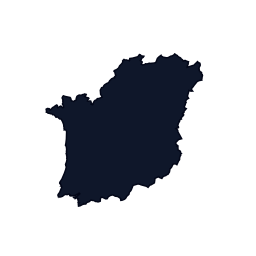 Gorey Lea-6, Wexford, Ireland (Robinson projection), rotated 150°
{"feature_id": "5873133B62102749120694", "entity_name": "Gorey Lea-6", "entity_type": "district", "adm_level": 2, "iso_a3": "IRL", "parent_name": "Ireland", "parent_adm1": "Wexford", "projection": "robinson", "projection_center": [-6.324, 52.694], "detail": "fine", "context": "isolated", "style": "filled", "palette": "ink", "viewbox_px": 256, "rotation_deg": 150, "n_neighbors": 0, "source": "geoboundaries", "source_scale": "gbopen_adm2", "svg_char_len": 5845}
<svg xmlns="http://www.w3.org/2000/svg" viewBox="0 0 256 256"><g transform="rotate(150 128 128)"><path d="M38.8,134.4L38.5,135.0L37.3,136.1L37.0,137.1L37.3,138.2L37.0,138.8L36.7,138.9L36.7,139.7L37.4,140.7L37.5,142.3L36.8,143.6L37.1,144.0L35.9,145.0L34.3,146.0L33.7,147.0L33.4,148.1L33.7,148.3L33.8,148.9L34.5,149.2L34.4,150.1L34.7,150.8L35.7,150.3L37.3,150.1L39.3,149.4L46.4,151.0L45.8,151.8L43.8,153.4L43.3,154.4L42.5,155.1L43.3,156.0L44.1,156.9L44.5,157.7L45.1,158.1L46.7,158.3L46.7,159.8L47.4,161.2L47.4,162.2L48.0,163.4L48.4,163.7L49.2,165.5L49.0,166.0L49.8,167.2L50.5,168.8L51.6,168.4L53.6,168.3L54.9,168.8L58.1,168.9L59.6,169.6L62.3,171.9L62.6,172.7L63.1,173.4L63.2,174.1L63.1,174.4L65.2,174.2L67.7,173.6L70.5,171.3L71.6,170.8L73.4,171.4L76.8,173.0L77.3,173.3L77.3,173.5L79.4,173.9L80.8,174.9L81.6,174.6L83.8,175.2L84.0,175.4L84.1,176.1L84.6,176.5L84.4,176.8L84.1,176.8L83.7,177.5L83.1,177.6L82.7,178.3L83.1,179.4L83.6,180.1L83.6,180.3L82.3,180.7L81.6,181.3L80.9,181.6L79.6,181.6L78.4,182.2L79.3,183.0L80.2,183.4L80.8,185.3L81.4,185.9L83.8,184.8L89.1,186.2L91.7,187.3L92.9,185.7L93.3,185.5L93.8,186.4L95.0,187.2L95.5,187.9L96.6,188.3L97.2,189.4L98.1,189.2L99.1,188.8L99.3,188.1L100.2,187.3L101.3,186.8L104.2,186.0L105.6,185.0L106.4,184.6L108.6,184.3L111.2,184.6L111.8,184.0L111.4,183.0L112.1,181.0L112.2,179.7L112.7,179.4L114.2,179.0L114.4,178.8L114.3,178.1L114.7,178.0L115.5,178.6L117.6,178.8L120.4,178.0L121.8,177.1L122.8,177.0L124.2,177.2L126.5,177.1L127.6,176.8L129.0,175.7L130.7,176.1L133.1,174.6L134.9,170.8L134.8,168.8L135.1,167.6L138.6,168.1L139.1,168.5L140.0,168.8L141.2,168.0L142.4,168.4L143.7,168.2L144.2,167.8L144.7,167.7L145.3,167.1L146.2,166.8L146.3,166.3L146.6,166.3L146.6,166.0L146.8,165.9L147.3,166.0L148.1,167.1L147.3,168.0L146.8,169.9L147.5,170.5L148.9,170.9L149.6,171.6L148.6,172.6L147.1,173.2L147.1,173.6L147.3,174.0L148.7,175.2L149.0,175.9L149.3,176.1L149.8,176.9L147.5,177.7L147.5,178.2L148.4,178.8L148.5,179.1L149.3,179.1L150.1,179.5L151.2,179.7L152.2,179.7L153.4,180.7L154.2,181.0L155.0,181.0L156.0,181.0L156.7,180.7L157.0,180.2L157.6,179.9L157.6,179.6L158.2,179.3L158.4,178.6L158.9,178.2L160.4,178.3L161.6,178.0L163.5,180.0L163.3,180.8L162.9,181.5L163.1,182.4L162.8,182.7L162.9,183.4L166.5,186.6L167.9,188.2L168.7,187.9L169.8,187.2L170.0,186.9L170.2,186.1L170.0,185.2L170.3,185.1L170.5,184.4L171.1,184.0L171.3,182.7L172.4,182.0L172.8,181.4L172.9,180.6L172.6,180.3L172.6,179.8L173.5,178.0L174.7,178.4L174.8,180.0L175.2,180.3L175.5,180.7L176.2,180.5L176.9,180.9L177.5,180.6L178.6,180.6L178.8,181.5L177.9,182.9L178.3,183.6L179.9,183.6L182.0,183.2L182.2,183.4L183.5,183.3L185.3,182.5L186.7,182.5L186.3,183.6L186.7,184.2L187.0,184.1L187.3,184.6L188.0,185.2L189.5,185.2L190.1,183.5L190.8,182.5L190.2,182.1L189.8,180.8L188.5,179.9L188.2,179.2L187.8,179.2L187.1,178.7L186.5,177.0L186.0,176.9L185.4,176.5L185.0,174.3L185.0,173.4L184.8,173.2L184.1,173.3L183.5,172.8L182.7,170.1L181.8,169.5L181.4,168.8L181.5,166.0L182.0,163.1L182.9,161.2L183.0,160.5L183.8,159.3L183.6,159.1L183.8,158.3L184.0,158.2L182.9,157.5L182.8,156.7L183.0,155.5L186.9,149.2L189.5,145.7L190.8,144.3L190.7,142.8L191.8,140.2L193.1,138.4L193.2,138.0L193.8,137.1L194.5,136.6L194.5,136.3L194.2,136.0L194.3,135.6L195.1,134.6L195.2,133.7L195.7,133.1L195.7,132.8L196.4,132.1L196.4,131.4L198.3,129.3L200.3,127.7L200.4,127.0L200.8,126.4L200.7,125.3L202.9,123.0L205.8,120.5L210.9,116.7L213.2,115.6L213.4,115.3L213.8,115.3L214.1,115.1L214.5,114.7L214.4,114.3L214.8,114.1L214.8,113.8L214.4,113.6L214.4,112.9L214.7,112.4L214.5,111.9L214.6,111.4L214.9,111.3L214.7,111.2L215.0,109.8L219.4,106.4L221.5,105.5L221.4,105.2L222.1,105.0L222.5,104.4L222.4,103.5L222.6,103.3L222.1,102.9L222.2,102.6L221.6,102.6L220.9,102.0L218.8,101.6L217.1,101.9L215.5,101.9L214.0,100.7L212.0,100.3L211.6,99.1L212.2,98.6L212.0,98.3L211.1,97.8L211.2,97.6L207.0,95.9L205.7,96.2L205.1,96.0L203.3,96.1L202.7,95.9L202.6,95.2L203.1,94.9L203.8,94.8L204.3,95.1L204.9,95.0L204.8,94.7L205.8,94.3L206.1,94.5L206.6,94.4L206.8,94.6L207.3,94.4L207.6,94.6L208.8,94.5L209.0,95.0L209.8,95.2L209.7,94.7L208.9,94.5L209.1,93.3L208.0,93.4L207.4,93.1L206.7,91.9L206.3,91.5L206.9,91.0L207.4,90.9L207.2,89.8L208.5,88.4L207.6,87.6L209.0,87.1L209.9,85.1L208.5,84.6L205.6,84.5L204.5,84.2L204.1,84.6L203.6,83.8L202.5,83.3L201.7,83.8L200.6,84.1L198.6,83.6L196.1,84.1L194.6,82.7L193.7,82.2L193.0,80.7L191.4,79.6L191.0,79.0L189.5,78.6L188.6,78.5L187.4,80.4L185.9,81.5L184.5,80.5L184.2,79.8L183.6,79.2L183.0,78.1L182.6,77.7L181.3,77.2L180.1,78.0L179.2,78.3L177.3,78.4L175.1,77.9L174.2,77.1L173.2,75.4L171.5,74.1L170.8,73.2L169.7,70.7L169.7,70.2L170.3,69.5L170.4,68.9L169.1,68.4L167.2,68.1L166.2,68.1L164.8,68.5L163.5,69.4L160.4,70.1L159.1,71.5L158.5,71.9L157.2,72.2L156.1,72.8L152.3,75.8L147.4,74.6L145.8,73.3L145.2,72.4L141.4,68.6L140.9,67.9L140.3,66.6L137.3,67.8L136.8,67.3L132.6,67.3L130.4,70.1L130.1,70.9L125.7,70.6L125.7,69.7L123.9,67.4L121.7,68.5L118.8,67.9L118.3,68.3L116.6,67.9L114.1,69.2L112.2,71.5L110.0,72.2L107.9,73.6L107.6,74.1L106.5,74.0L105.2,73.5L104.6,72.9L104.0,71.8L100.4,74.4L100.1,74.4L99.2,74.8L98.2,76.4L96.9,77.6L96.0,78.0L95.7,78.9L95.2,79.3L94.6,79.2L94.8,80.2L94.3,81.7L95.6,84.1L94.2,86.8L94.7,87.8L93.8,87.7L94.5,89.9L94.1,91.5L90.0,92.7L86.9,91.9L86.7,99.8L86.1,101.1L86.3,102.4L86.8,103.5L84.7,103.4L84.7,103.2L84.1,103.1L83.7,104.0L84.1,104.9L82.9,105.9L82.6,106.5L80.3,107.9L80.5,108.1L79.8,108.7L78.8,109.1L77.2,109.1L77.2,110.2L73.9,111.1L74.2,111.6L73.0,112.1L73.6,113.3L72.8,113.6L71.6,113.7L71.6,114.0L71.0,114.5L67.9,115.6L68.8,117.0L68.6,118.4L67.4,119.1L65.8,120.6L65.0,121.1L65.4,121.6L63.5,123.2L61.6,123.5L60.7,123.4L60.7,125.8L57.3,129.1L56.6,130.1L55.1,128.5L53.6,127.7L53.8,129.4L53.3,130.2L52.4,130.8L50.6,131.3L50.1,131.7L48.0,132.5L46.6,133.0L46.2,133.3L45.2,133.6L43.1,133.6L40.1,132.6L40.0,133.1L38.8,134.4Z" fill="#0f172a" stroke="#020617" stroke-width="1.5"/></g></svg>